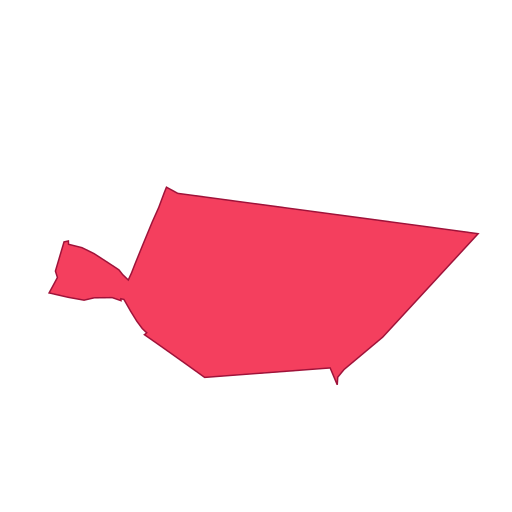 San Miguel Tequixtepec, Oaxaca, Mexico (Natural Earth projection), rotated 44°
{"feature_id": "50627088B88201082467203", "entity_name": "San Miguel Tequixtepec", "entity_type": "district", "adm_level": 2, "iso_a3": "MEX", "parent_name": "Mexico", "parent_adm1": "Oaxaca", "projection": "natural_earth1", "projection_center": [-97.352, 17.831], "detail": "fine", "context": "isolated", "style": "filled", "palette": "rose", "viewbox_px": 512, "rotation_deg": 44, "n_neighbors": 0, "source": "geoboundaries", "source_scale": "gbopen_adm2", "svg_char_len": 865}
<svg xmlns="http://www.w3.org/2000/svg" viewBox="0 0 512 512"><g transform="rotate(44 256 256)"><path d="M403.9,292.2L399.0,286.4L398.2,276.6L398.2,276.3L403.5,226.3L400.3,85.7L365.9,110.9L274.5,178.2L206.5,228.3L181.6,246.6L156.2,265.3L143.8,268.7L145.9,273.9L152.3,288.6L157.7,303.5L167.2,327.6L174.4,345.5L178.2,354.6L180.8,362.0L172.9,362.0L167.1,361.2L156.8,363.1L137.8,366.8L125.0,370.9L113.0,377.8L110.6,375.5L108.1,379.2L122.2,406.2L128.1,409.4L131.5,421.5L132.8,426.3L146.9,417.8L149.7,416.1L163.0,407.2L168.7,398.4L174.6,392.6L181.5,385.8L189.9,381.9L188.5,380.6L191.2,379.0L204.2,382.8L215.6,385.7L224.6,387.2L225.7,387.2L226.4,387.2L228.0,387.2L229.3,387.2L230.7,387.1L230.7,388.2L230.5,389.6L230.4,390.1L233.6,389.6L250.0,387.0L281.6,382.2L303.4,379.0L325.9,353.7L387.1,285.0L403.9,292.2Z" fill="#f43f5e" stroke="#9f1239" stroke-width="1.5"/></g></svg>